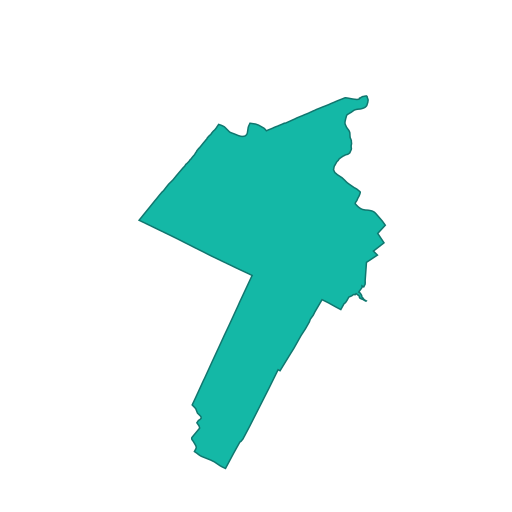 Gostinari, Giurgiu, Romania, rotated 36°
{"feature_id": "2599482B31604747226035", "entity_name": "Gostinari", "entity_type": "district", "adm_level": 2, "iso_a3": "ROU", "parent_name": "Romania", "parent_adm1": "Giurgiu", "projection": "equal_earth", "projection_center": [26.227, 44.159], "detail": "fine", "context": "isolated", "style": "filled", "palette": "teal", "viewbox_px": 512, "rotation_deg": 36, "n_neighbors": 0, "source": "geoboundaries", "source_scale": "gbopen_adm2", "svg_char_len": 6019}
<svg xmlns="http://www.w3.org/2000/svg" viewBox="0 0 512 512"><g transform="rotate(36 256 256)"><path d="M352.8,414.8L353.0,411.9L352.4,407.5L350.9,397.1L344.2,355.3L340.7,335.0L342.9,334.7L341.4,315.6L340.9,308.4L339.2,293.9L338.8,285.9L337.9,277.9L337.1,275.3L337.1,273.0L337.1,270.2L336.5,266.7L335.1,252.5L342.2,251.3L350.6,250.3L356.1,249.5L355.3,243.0L355.3,242.7L355.6,242.0L355.8,240.6L355.7,238.4L355.3,235.3L355.3,234.9L355.4,234.3L355.4,234.2L355.9,233.6L356.6,232.4L357.0,231.6L357.1,231.2L357.4,230.2L357.7,229.7L358.0,229.4L358.3,229.3L358.9,229.2L359.1,227.6L362.8,227.7L363.3,227.9L363.6,228.2L363.7,228.4L363.9,228.6L364.7,229.0L365.0,228.9L365.3,229.0L365.8,228.9L367.2,228.6L367.7,228.4L368.2,228.3L369.9,228.2L370.3,228.1L371.5,227.9L371.6,227.5L370.8,227.6L370.1,227.7L369.4,227.7L369.1,227.8L367.5,227.2L366.8,227.1L366.1,227.0L365.8,226.8L365.3,226.5L364.8,225.9L364.3,225.6L363.1,225.2L362.7,224.9L362.1,224.8L361.5,224.7L360.3,224.8L360.3,222.5L360.3,219.6L360.2,218.9L359.4,217.9L360.8,217.9L361.3,217.7L361.4,217.4L361.1,216.7L361.0,215.4L360.8,214.6L360.4,214.0L359.9,213.2L358.8,211.8L349.1,196.2L353.7,183.9L348.1,183.0L351.8,170.1L341.2,166.2L342.5,155.1L338.9,153.9L337.7,153.5L328.3,151.3L327.1,151.1L326.3,151.0L325.5,151.0L324.8,151.1L323.7,151.3L322.6,151.7L320.8,152.5L319.5,153.2L317.3,154.6L316.2,155.1L314.9,155.7L313.1,156.1L311.4,156.2L310.7,156.2L309.4,156.1L308.1,155.9L307.5,155.8L306.6,155.6L305.9,155.5L305.6,155.4L305.4,155.2L305.2,154.8L305.1,154.3L305.0,153.6L305.0,152.2L304.9,151.3L304.7,150.7L304.5,149.8L304.3,148.6L304.2,147.3L303.7,145.2L303.1,143.5L302.9,143.2L302.5,142.9L302.3,142.8L301.9,142.8L298.3,142.6L296.3,142.8L295.5,143.0L294.7,143.0L290.2,143.1L288.4,143.1L287.2,143.1L286.7,143.1L284.6,142.8L283.6,142.6L281.3,142.3L279.6,142.1L273.8,142.4L272.2,142.2L271.1,142.2L270.8,142.1L270.4,142.0L269.8,141.6L268.0,140.7L267.8,140.0L267.5,139.5L267.3,139.1L267.0,138.5L266.5,137.2L266.5,136.9L266.4,136.4L266.5,136.0L266.4,135.7L266.0,132.4L266.0,131.9L266.3,130.5L266.3,129.9L266.2,129.2L266.2,128.9L266.3,128.4L266.7,126.9L267.5,124.7L267.8,123.9L268.1,123.4L268.5,122.6L269.0,121.5L269.2,121.3L269.5,120.9L270.2,120.1L270.5,119.7L271.0,118.3L271.1,118.0L271.1,117.6L271.5,116.7L271.3,116.9L271.1,116.8L271.0,116.7L271.0,116.3L270.7,114.9L270.5,113.9L270.2,113.3L269.9,112.8L269.0,112.0L268.3,111.0L267.9,110.4L267.5,109.3L267.2,108.8L266.0,107.5L265.3,106.6L264.0,105.7L262.6,104.9L261.3,103.4L260.1,101.9L259.2,100.9L258.2,100.3L257.5,99.9L256.3,99.5L255.6,99.3L255.0,99.1L254.4,98.9L253.5,98.6L250.4,96.8L250.0,96.3L249.3,95.4L249.0,94.8L247.7,91.8L247.5,91.2L247.1,90.1L246.9,89.7L246.8,89.2L246.7,88.5L246.7,88.1L246.8,87.8L246.9,87.5L247.4,86.5L247.6,85.9L248.5,83.9L248.9,82.7L249.3,81.5L249.7,80.3L249.9,79.9L250.7,78.9L251.0,78.5L251.4,78.1L252.5,77.0L253.6,76.1L254.3,75.4L254.8,74.8L255.5,73.9L255.9,73.3L256.4,72.5L256.7,71.9L256.9,71.4L257.1,70.4L257.2,69.4L257.1,68.9L256.6,67.4L256.0,65.7L255.3,64.5L255.2,64.2L255.0,63.9L254.7,63.6L254.1,63.2L253.3,62.6L252.7,62.3L252.4,61.9L252.2,61.7L251.7,61.6L251.2,61.6L250.1,62.7L249.2,63.7L248.5,64.4L247.9,65.6L247.7,66.2L247.5,67.0L247.3,67.2L247.2,67.3L246.9,67.4L246.9,67.5L247.1,67.7L247.2,67.9L247.2,68.2L247.1,68.5L246.8,69.0L245.8,69.9L245.6,70.1L244.5,70.7L243.3,71.4L241.8,72.2L237.8,74.1L235.7,75.2L235.2,75.5L234.6,76.3L233.7,77.8L231.9,80.6L231.0,82.0L229.3,84.8L229.2,85.1L226.9,88.8L226.0,90.5L223.8,94.0L223.2,94.9L222.2,96.4L221.8,97.1L221.5,97.6L220.1,99.8L219.3,101.1L219.4,100.9L218.7,102.0L217.9,103.6L217.0,105.0L216.3,106.3L216.1,106.8L215.7,107.3L214.6,109.4L213.3,111.5L212.3,113.0L211.0,115.3L210.1,116.7L208.8,118.8L207.5,120.9L207.3,121.5L206.5,122.9L205.4,124.8L204.4,126.6L201.8,131.1L201.6,131.4L201.2,131.7L200.9,131.8L200.7,132.0L200.5,132.5L200.4,132.8L200.3,133.0L199.9,133.5L199.7,133.9L199.6,134.1L197.7,137.2L197.5,137.6L197.2,138.1L196.1,139.7L195.8,140.2L195.5,140.6L195.5,140.8L194.8,141.8L194.3,142.9L193.7,143.8L193.3,144.5L192.0,146.5L190.8,148.6L189.6,148.3L187.9,147.9L186.4,148.0L181.2,148.6L178.1,149.5L173.1,152.1L173.7,155.2L174.1,156.5L176.8,161.8L177.0,162.8L177.0,164.1L176.6,165.3L176.2,165.9L174.7,167.3L173.3,168.1L171.1,168.9L166.6,170.0L163.8,170.8L162.0,171.2L161.0,171.1L159.1,170.8L156.7,170.4L155.5,170.2L154.4,170.1L152.8,170.3L150.9,170.7L148.4,171.5L148.4,171.8L148.5,172.2L148.5,172.9L148.5,174.6L148.6,175.3L148.5,178.2L148.4,178.8L148.2,179.4L148.1,180.0L148.0,181.1L147.9,182.5L148.0,182.8L147.9,183.0L147.9,183.5L148.0,184.0L148.0,184.4L148.0,184.6L147.6,185.5L147.5,186.1L147.3,187.8L147.2,189.2L147.3,189.7L147.4,190.0L147.4,190.6L147.2,191.9L147.2,192.9L147.0,195.5L146.8,199.7L146.7,201.0L146.8,201.6L146.7,202.0L146.4,202.4L146.4,204.2L146.3,205.1L146.3,205.7L146.4,205.9L146.5,206.4L146.5,206.6L146.5,206.9L146.5,207.8L146.5,208.2L146.6,208.9L146.7,210.1L146.7,210.6L146.5,212.3L146.4,214.2L146.4,215.5L146.4,215.8L146.2,216.4L146.1,217.0L146.2,218.5L146.1,219.4L145.7,222.1L145.4,222.8L145.4,223.3L145.4,223.8L145.5,224.7L145.5,225.5L145.2,227.2L145.1,228.3L144.4,237.6L144.1,243.2L143.3,248.0L143.1,249.2L142.9,253.8L142.8,257.7L142.5,258.9L142.4,259.4L142.1,263.4L141.9,268.1L141.7,270.6L141.3,278.7L140.8,287.7L140.4,295.8L161.0,292.1L180.6,288.6L202.4,285.1L211.2,283.6L216.5,282.8L220.1,282.2L246.9,277.3L264.3,274.0L269.9,303.0L270.6,306.2L272.5,315.7L272.9,317.7L275.0,328.2L277.1,339.4L277.4,340.8L278.3,345.3L279.9,353.3L282.4,366.0L285.9,383.3L286.4,385.9L286.6,387.2L290.4,406.1L291.9,414.0L296.9,414.9L301.0,417.5L305.0,418.1L306.1,418.5L307.0,419.5L306.8,421.1L306.1,422.9L306.2,425.7L309.7,426.9L311.6,428.3L310.8,440.5L311.0,441.0L311.3,441.5L311.7,441.9L312.2,442.2L314.4,442.9L318.9,444.9L320.0,445.8L320.3,446.2L320.6,446.9L321.1,450.4L323.8,450.3L326.2,450.4L328.7,450.3L330.3,450.0L338.2,448.0L339.3,447.7L341.8,447.3L343.4,447.0L344.4,447.0L347.2,446.9L350.2,446.8L352.6,446.5L356.2,445.8L353.8,428.5L352.7,419.4L352.3,416.0L352.8,414.8Z" fill="#14b8a6" stroke="#0f766e" stroke-width="1.5"/></g></svg>